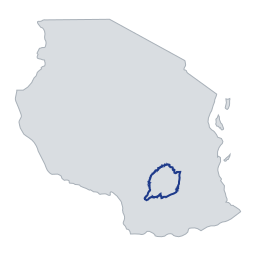 location of Ulanga, Morogoro, United Republic of Tanzania
{"feature_id": "72390352B93515871634078", "entity_name": "Ulanga", "entity_type": "district", "adm_level": 2, "iso_a3": "TZA", "parent_name": "United Republic of Tanzania", "parent_adm1": "Morogoro", "projection": "albers", "projection_center": [36.287, -9.043], "detail": "fine", "context": "in_parent", "style": "outline", "palette": "blue", "viewbox_px": 256, "rotation_deg": 0, "n_neighbors": 0, "source": "geoboundaries", "source_scale": "gbopen_adm2", "svg_char_len": 8089}
<svg xmlns="http://www.w3.org/2000/svg" viewBox="0 0 256 256"><path d="M89.4,190.1L86.1,188.4L83.1,187.3L80.6,186.2L79.5,185.0L77.2,184.6L75.2,184.5L73.4,183.4L69.6,183.1L69.2,182.4L69.1,180.8L68.5,180.4L67.1,180.0L65.6,180.0L64.7,180.3L64.2,180.2L63.0,179.3L61.8,178.1L61.3,176.2L59.6,175.0L57.6,174.1L52.1,174.3L51.2,174.0L49.9,173.1L48.3,171.5L47.1,169.8L46.0,167.3L44.8,164.1L38.2,151.1L37.5,148.6L36.3,145.9L34.2,142.5L32.0,140.1L29.0,137.8L25.7,135.6L23.8,134.1L20.3,128.0L19.6,125.2L19.0,122.2L19.2,121.0L21.2,117.1L21.4,116.0L21.1,114.5L20.0,111.5L18.6,107.8L15.8,101.1L15.4,99.4L15.4,98.1L16.8,91.2L16.8,90.2L23.2,90.2L27.8,87.1L31.8,82.5L32.6,80.7L34.2,77.7L35.8,76.3L36.4,75.3L37.3,72.4L39.4,70.4L41.5,68.9L41.1,67.8L41.4,67.4L42.5,66.6L44.7,65.9L45.1,64.4L45.1,62.7L44.7,61.7L44.7,60.6L44.4,60.0L43.0,59.9L40.8,59.1L39.0,58.8L37.7,58.3L37.3,57.9L37.1,56.9L38.0,54.3L37.0,53.2L39.2,48.8L39.6,48.3L40.4,48.2L41.7,47.7L42.9,47.5L43.8,47.6L44.6,47.4L45.2,46.9L45.7,45.5L46.1,43.0L45.8,41.0L44.9,39.4L44.6,37.1L45.0,33.9L44.6,31.3L43.6,29.2L42.5,27.9L40.9,27.4L38.3,24.2L37.5,22.7L37.6,21.7L38.5,21.3L40.1,21.4L41.6,21.0L43.0,20.1L44.4,19.8L45.1,19.9L109.6,19.3L184.7,60.5L185.0,61.0L185.6,64.5L185.5,65.7L184.3,67.8L184.0,68.9L184.0,69.6L184.2,69.9L185.2,70.0L186.1,70.5L186.4,70.9L187.0,72.4L187.8,73.2L216.1,93.7L216.7,94.1L216.3,95.8L214.7,99.9L214.6,101.6L213.9,103.6L213.3,105.0L211.6,110.8L210.3,113.0L208.4,118.1L208.0,122.0L209.0,124.7L209.4,127.3L211.6,129.8L213.3,130.8L214.5,131.9L216.5,134.6L217.7,137.2L221.4,138.5L222.9,141.5L222.3,143.5L220.6,145.2L218.9,147.9L217.6,151.5L217.5,157.0L218.4,156.2L220.4,157.5L220.6,161.6L218.5,166.3L217.9,168.5L217.8,170.4L219.2,176.0L221.4,178.9L221.2,179.8L220.6,180.6L224.4,185.7L224.1,190.1L225.4,193.5L226.0,196.5L227.0,198.8L227.1,200.4L225.9,202.1L228.7,202.6L230.3,204.1L231.1,205.4L233.1,205.4L234.2,206.3L235.7,207.1L239.2,209.5L240.1,210.6L240.6,211.7L231.1,218.9L227.6,220.7L225.1,221.6L222.5,222.0L220.0,223.1L217.7,224.9L214.6,225.8L211.0,225.8L207.1,227.0L201.0,230.7L197.5,228.6L194.7,227.9L191.6,228.0L189.6,228.2L188.9,228.7L188.3,229.9L187.8,232.0L185.7,234.0L182.0,235.9L178.7,236.7L175.6,236.2L173.5,235.4L172.4,234.2L170.8,233.7L168.7,233.8L166.7,234.6L164.7,236.1L161.6,236.7L157.4,236.5L155.1,235.8L154.8,234.6L152.9,233.1L149.5,231.4L147.0,231.4L145.4,233.0L143.9,234.0L142.6,234.4L141.4,234.5L139.6,234.1L134.9,233.9L130.5,234.0L130.0,231.6L129.1,230.2L128.3,229.4L126.8,229.2L126.3,228.5L125.8,227.1L125.0,225.8L124.0,224.8L123.4,223.9L123.2,223.0L123.4,222.0L124.3,219.7L124.6,218.0L124.5,216.3L123.9,214.6L122.9,212.6L123.0,212.0L122.6,210.6L122.6,209.6L122.8,208.4L122.6,206.8L121.6,203.4L121.6,202.5L120.7,200.9L117.7,197.0L117.5,196.5L112.8,192.5L111.0,191.7L110.3,192.4L110.1,193.1L110.3,194.4L110.2,195.0L110.0,195.3L108.9,195.3L108.2,195.1L106.4,194.1L105.0,193.8L101.6,194.0L100.4,194.3L99.4,194.1L97.6,192.3L95.5,191.9L93.6,191.8L90.4,189.8L89.4,190.1ZM222.0,124.2L223.6,128.6L223.3,129.4L222.2,129.9L221.7,129.9L221.0,129.2L220.5,127.7L219.7,128.1L218.3,126.3L216.9,126.2L215.7,124.1L216.2,122.3L215.9,119.2L217.4,117.6L218.3,115.0L219.3,116.8L219.5,119.7L220.8,123.0L222.0,124.2ZM229.8,98.5L229.9,99.5L229.6,100.5L229.6,103.6L229.4,105.6L228.3,108.4L227.3,109.4L226.5,109.1L225.8,108.6L225.2,107.9L226.4,102.7L225.9,98.9L228.0,99.3L229.8,98.5ZM226.0,161.0L225.0,161.2L224.5,160.9L223.9,160.1L225.0,159.4L226.2,158.0L228.8,155.9L230.1,154.3L229.9,155.9L228.3,159.4L227.1,159.6L226.0,161.0Z" fill="#d9dde1" stroke="#a8b0b8" stroke-width="1"/><path d="M180.2,171.9L177.4,172.0L177.1,171.9L176.8,172.0L176.6,172.4L176.5,172.8L176.1,172.9L175.9,173.1L175.5,173.2L175.3,173.2L174.8,172.8L174.6,172.8L174.4,172.7L174.3,171.8L174.4,170.9L174.3,170.6L174.4,169.8L174.0,169.6L173.8,169.5L173.6,169.6L173.3,169.8L173.3,170.1L173.1,170.1L173.0,169.9L172.8,169.7L172.7,169.2L172.8,168.1L172.6,167.4L172.0,167.2L170.6,167.2L170.5,166.8L170.3,166.7L170.2,166.7L169.8,166.6L169.6,166.1L169.3,166.1L169.2,165.9L169.3,165.4L169.4,165.2L169.5,165.1L169.5,164.9L169.2,164.8L169.2,164.7L168.7,164.5L168.4,164.5L168.2,164.5L167.8,164.5L167.6,164.6L167.3,164.4L167.3,164.6L167.2,164.7L166.7,164.8L166.2,164.9L165.7,165.0L165.6,164.8L165.4,164.7L165.3,164.9L165.1,165.1L165.1,164.8L164.9,164.7L164.8,165.0L164.6,165.0L164.4,165.2L164.4,165.3L164.1,165.4L163.6,165.4L163.4,165.2L163.5,165.4L163.3,165.5L162.9,165.5L162.6,165.9L162.4,165.8L162.4,166.2L162.2,166.1L162.2,166.3L162.1,166.5L161.8,166.7L161.6,166.5L161.4,166.6L161.2,166.5L161.2,166.3L161.1,166.5L160.8,166.6L161.0,166.6L161.0,166.9L160.8,166.9L160.8,167.0L160.4,167.0L160.3,167.3L160.1,167.2L160.2,167.3L159.7,167.6L159.2,167.8L158.8,167.9L158.9,168.0L158.7,168.1L158.5,168.3L158.3,168.4L158.3,168.5L158.4,168.8L158.3,169.0L158.5,169.0L158.4,169.1L158.3,169.3L158.0,169.2L157.8,169.5L157.8,169.4L157.7,169.5L157.6,169.8L157.6,170.0L157.4,170.0L157.3,169.9L157.2,170.0L156.8,170.2L156.7,170.3L156.8,170.3L156.6,170.4L156.5,170.5L156.3,170.6L156.2,170.4L155.9,170.3L155.5,170.4L155.4,170.5L155.4,170.8L155.2,171.0L155.0,171.3L155.0,171.5L154.9,171.5L154.6,172.0L154.5,172.4L154.4,172.5L154.2,172.4L154.0,172.8L153.9,172.8L153.8,173.0L153.7,173.1L153.2,173.3L152.8,173.6L152.7,173.6L152.7,173.9L152.4,173.9L152.3,174.1L152.0,174.5L151.3,175.2L151.2,175.4L151.2,175.6L151.1,175.8L151.0,176.1L150.9,176.1L150.9,176.3L150.7,176.5L150.4,177.3L150.4,177.6L150.2,177.8L150.3,177.9L150.2,178.0L150.2,177.9L150.1,178.2L150.1,178.7L149.9,179.0L150.0,179.1L149.9,179.3L149.8,179.6L149.5,180.0L149.4,180.2L149.5,180.4L149.4,180.9L149.3,181.1L149.0,181.6L148.8,181.7L148.9,181.8L148.7,181.8L148.7,182.0L148.8,182.1L148.9,182.3L148.8,182.5L149.1,182.7L149.1,182.8L149.2,183.0L149.2,183.4L149.3,183.4L149.2,183.5L149.3,183.5L149.4,183.8L149.4,184.0L149.5,184.3L149.4,184.6L149.5,184.8L149.6,185.4L149.5,185.6L149.3,185.5L148.9,185.9L148.9,186.0L148.7,186.0L148.7,186.4L148.5,186.5L149.2,186.5L149.4,186.6L149.6,186.9L149.5,187.0L149.6,187.4L149.5,187.7L149.6,187.9L149.6,188.1L149.6,188.4L149.7,188.8L150.0,189.3L150.1,189.6L150.1,190.0L149.9,190.7L149.7,190.8L149.0,191.2L148.9,191.7L148.7,191.8L148.1,192.8L148.0,193.3L147.8,194.0L147.6,194.5L147.4,195.2L147.0,195.6L146.7,196.0L146.3,196.4L146.1,196.4L146.1,196.6L145.8,196.7L145.6,196.9L145.6,197.0L145.4,197.2L145.2,197.3L145.1,197.6L144.9,197.8L144.7,198.1L144.7,198.4L144.8,198.5L144.9,199.1L145.2,199.1L145.4,199.2L145.5,199.4L145.8,199.5L146.0,199.7L146.3,200.1L146.6,200.2L147.4,199.7L148.1,199.5L148.9,198.5L149.7,198.0L149.6,197.9L149.9,197.7L150.0,197.7L150.3,197.5L150.9,197.3L151.0,197.2L151.3,197.1L151.6,197.0L151.6,196.9L151.9,196.8L152.2,196.5L152.3,196.5L152.5,196.4L152.8,196.6L152.6,196.9L152.8,197.0L152.8,196.9L152.9,197.0L153.0,197.0L152.9,197.2L153.0,197.2L153.2,197.4L153.4,197.4L153.5,197.4L153.8,197.3L154.0,197.4L154.1,197.2L154.3,197.1L154.6,197.0L155.0,197.1L155.7,196.9L155.7,197.0L156.1,197.0L156.3,197.0L156.6,197.0L157.0,197.2L157.2,196.9L157.3,197.1L157.6,196.8L157.8,196.2L158.9,195.9L159.2,195.7L159.3,195.4L159.4,195.2L159.5,195.0L159.8,195.1L159.8,194.8L160.0,194.7L159.9,194.6L160.2,194.5L160.2,194.2L160.3,193.9L160.5,193.8L160.5,194.1L160.6,194.6L160.3,194.7L160.4,194.8L160.4,195.0L160.5,195.5L160.9,195.5L161.0,195.7L161.2,196.0L161.3,196.3L161.1,196.5L161.3,197.1L161.5,198.1L162.0,198.0L162.5,197.8L163.0,197.4L163.4,196.9L164.1,196.9L164.5,196.8L164.9,196.8L165.3,196.9L166.0,196.9L166.6,196.7L166.6,196.8L169.3,195.3L171.2,194.4L173.4,193.7L173.6,193.5L174.1,193.4L176.3,192.1L176.7,191.6L176.8,191.5L177.0,191.6L176.7,191.3L176.8,191.0L177.0,190.9L176.8,190.8L176.9,190.7L177.0,190.4L176.9,190.1L177.1,189.8L176.9,189.7L177.0,189.6L177.2,189.4L176.9,189.4L177.0,189.2L176.8,189.1L177.0,189.0L177.2,188.8L177.1,188.7L177.3,188.6L177.4,188.2L177.7,188.0L177.6,187.7L177.9,187.3L178.0,187.3L178.0,187.2L177.8,187.1L178.0,187.0L178.1,186.9L177.9,186.7L178.0,186.4L178.1,185.7L178.3,185.2L178.8,184.3L179.0,183.6L179.0,181.8L179.4,179.7L179.6,177.8L179.6,177.3L179.4,176.3L179.4,175.2L179.5,174.2L180.1,172.4L180.2,171.9Z" fill="none" stroke="#1e3a8a" stroke-width="2"/></svg>